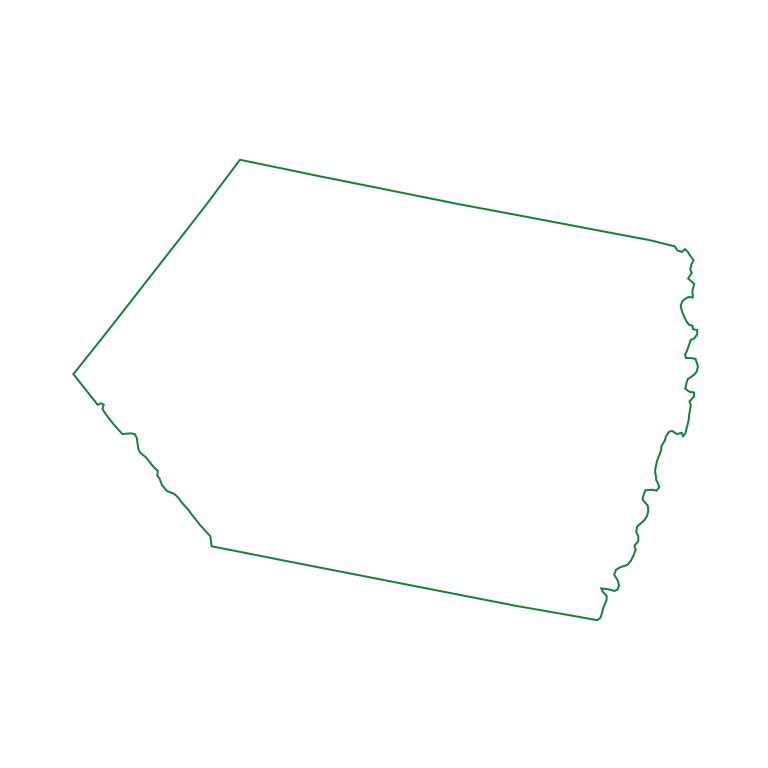 Cacaulândia, Rondônia, Brazil (Robinson projection), rotated 191°
{"feature_id": "56859067B49219352113173", "entity_name": "Cacaulândia", "entity_type": "district", "adm_level": 2, "iso_a3": "BRA", "parent_name": "Brazil", "parent_adm1": "Rondônia", "projection": "robinson", "projection_center": [-63.097, -10.33], "detail": "fine", "context": "isolated", "style": "outline", "palette": "green", "viewbox_px": 768, "rotation_deg": 191, "n_neighbors": 0, "source": "geoboundaries", "source_scale": "gbopen_adm2", "svg_char_len": 1956}
<svg xmlns="http://www.w3.org/2000/svg" viewBox="0 0 768 768"><g transform="rotate(191 384 384)"><path d="M129.6,192.9L126.9,195.9L126.3,201.4L126.1,205.7L124.3,214.4L125.0,218.5L129.6,221.8L131.7,224.8L126.4,225.2L121.6,225.2L118.5,224.8L115.6,226.6L114.8,231.1L117.1,235.7L121.6,240.7L120.8,245.9L117.1,249.2L110.7,252.8L108.1,257.2L106.3,263.5L105.3,269.2L107.3,273.0L104.5,278.1L105.2,282.8L108.1,286.8L108.4,292.1L105.5,296.1L102.6,299.7L100.6,304.6L100.4,310.0L101.8,314.8L108.1,319.9L108.1,324.0L107.3,329.5L100.5,331.4L96.1,331.3L94.1,335.3L96.0,338.6L98.3,341.4L99.4,345.1L101.1,349.4L101.5,353.3L101.3,360.8L100.1,367.0L99.4,371.7L99.8,376.1L97.5,382.2L97.2,386.5L95.3,391.3L92.3,392.9L86.8,390.7L82.6,392.9L80.4,389.9L78.8,393.3L78.2,402.8L78.1,406.3L78.5,411.6L78.8,421.8L80.8,425.3L77.2,430.9L78.1,434.8L82.5,434.6L87.3,436.8L87.3,443.3L86.6,447.0L84.0,449.4L80.7,453.3L79.3,456.4L79.2,461.4L83.1,468.1L86.5,468.1L92.7,467.2L94.1,470.5L93.0,474.0L91.3,485.7L88.3,487.7L86.0,492.6L87.0,496.8L91.2,496.8L92.5,500.2L95.7,500.3L98.3,502.4L101.9,506.8L105.2,512.0L107.6,516.8L107.1,521.8L105.0,524.6L101.9,527.4L97.4,527.9L99.0,533.8L98.7,541.6L105.6,545.6L103.1,552.0L105.2,554.7L105.0,560.3L103.7,564.7L108.1,568.5L110.7,571.4L114.3,573.8L116.9,570.5L121.3,571.0L124.9,574.6L150.5,575.9L176.8,575.7L269.9,575.3L348.3,574.8L456.4,575.5L484.1,575.6L568.2,576.6L594.1,523.3L605.8,500.2L667.2,379.6L690.8,334.4L661.0,308.9L658.3,311.1L655.2,310.2L655.6,305.7L651.3,301.2L642.3,293.3L637.9,290.0L631.4,285.0L622.8,287.3L619.0,287.2L616.2,283.5L614.2,277.6L612.9,273.8L610.5,270.3L603.4,266.4L600.1,263.6L596.5,260.3L592.5,257.4L589.4,255.5L589.2,251.0L586.5,248.5L584.4,245.2L582.3,242.0L579.7,240.1L576.8,237.6L573.2,236.9L569.9,236.4L567.0,235.0L563.1,232.2L559.7,228.9L552.0,223.1L548.5,219.8L537.7,210.5L532.7,206.8L525.4,201.3L522.3,191.8L451.7,191.6L348.5,191.5L213.2,191.4L129.6,192.9Z" fill="none" stroke="#15803d" stroke-width="2"/></g></svg>